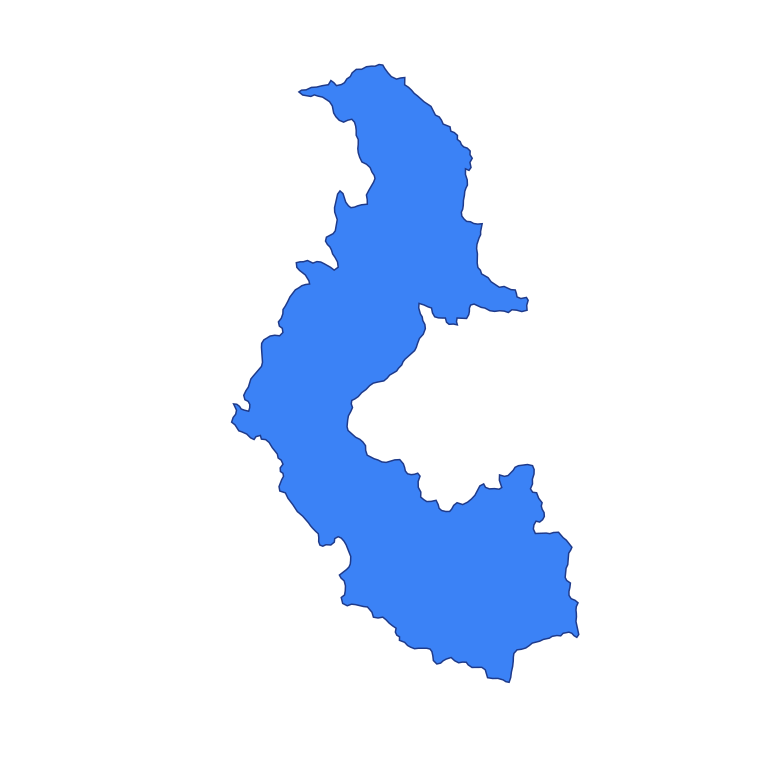 the district of Inhapim, Minas Gerais, Brazil, rotated 260°
{"feature_id": "56859067B8939369455012", "entity_name": "Inhapim", "entity_type": "district", "adm_level": 2, "iso_a3": "BRA", "parent_name": "Brazil", "parent_adm1": "Minas Gerais", "projection": "albers", "projection_center": [-41.95, -19.485], "detail": "fine", "context": "isolated", "style": "filled", "palette": "blue", "viewbox_px": 768, "rotation_deg": 260, "n_neighbors": 0, "source": "geoboundaries", "source_scale": "gbopen_adm2", "svg_char_len": 6146}
<svg xmlns="http://www.w3.org/2000/svg" viewBox="0 0 768 768"><g transform="rotate(260 384 384)"><path d="M518.7,318.7L514.0,318.4L510.6,320.5L505.0,325.5L498.6,328.0L495.4,328.1L495.6,324.0L495.1,320.2L493.5,316.8L492.1,313.0L486.1,306.5L482.0,303.6L477.8,300.3L474.9,297.5L470.7,296.6L466.5,294.2L463.5,290.8L459.2,291.0L456.5,293.5L452.3,293.4L449.6,289.6L451.0,284.8L451.0,280.2L448.3,273.3L445.3,270.6L441.4,269.7L426.4,268.1L422.6,266.4L414.1,256.1L412.0,253.7L404.5,249.9L401.3,246.8L397.2,243.9L392.7,244.3L390.5,247.2L387.2,248.3L383.9,247.6L380.7,246.0L382.5,241.9L384.2,239.0L387.1,237.8L389.6,235.5L390.5,232.4L383.8,234.2L380.0,232.7L377.2,229.6L372.9,227.3L369.6,230.2L363.1,232.9L361.6,235.6L358.6,240.1L354.1,243.3L351.9,246.4L354.4,248.8L354.8,253.3L351.0,253.7L349.8,257.8L346.4,260.7L340.7,262.9L333.5,266.8L329.5,266.9L326.9,269.5L322.6,270.6L319.4,267.2L315.8,266.8L313.6,269.0L310.5,269.0L307.5,266.6L301.2,262.8L296.7,262.8L293.9,268.0L288.1,269.6L280.9,273.3L273.4,276.5L268.0,281.0L260.3,285.6L257.2,287.0L254.5,288.6L250.8,291.1L248.0,293.3L244.1,293.1L240.1,292.3L236.5,292.9L234.9,295.6L235.8,298.9L234.7,303.7L236.9,307.6L240.3,308.6L241.6,312.4L239.6,315.2L236.0,317.4L232.2,318.8L220.0,321.3L216.0,320.5L212.5,319.5L209.8,317.7L207.8,314.9L203.6,306.9L200.3,308.0L197.0,310.6L191.9,311.0L186.9,309.9L183.1,308.5L181.2,304.8L175.1,305.2L172.0,309.3L172.8,313.8L171.7,317.6L168.4,325.2L167.3,329.0L161.3,332.5L156.2,333.1L154.6,337.5L154.6,342.3L151.4,345.1L147.7,347.5L144.5,350.3L141.4,353.5L137.7,352.1L134.4,353.0L132.3,355.4L128.9,354.7L126.0,359.5L122.4,361.8L120.3,364.4L118.0,368.1L117.8,371.8L116.3,380.3L115.0,383.3L112.2,384.7L107.8,384.9L103.1,384.6L99.1,387.4L99.3,391.3L101.2,394.3L102.3,397.5L103.0,402.6L99.2,405.5L96.5,409.1L96.5,413.1L95.7,416.7L92.8,418.1L89.6,421.4L88.0,431.1L85.0,434.1L76.8,435.0L75.1,439.9L74.3,445.1L71.9,450.0L69.7,452.3L68.5,455.4L72.9,457.8L78.1,459.4L83.4,461.6L88.8,463.2L92.7,464.0L96.1,465.1L99.1,468.9L98.9,473.2L99.4,477.8L101.1,481.5L103.1,485.0L103.7,492.7L104.8,496.6L105.0,502.7L106.3,505.8L106.3,510.6L105.3,514.3L107.4,517.1L107.5,523.0L105.9,525.7L103.2,527.4L101.0,529.9L103.5,532.3L116.8,531.8L121.3,533.1L124.9,533.6L128.0,533.8L131.3,534.7L134.8,537.1L137.8,534.6L140.1,531.0L143.7,529.5L147.5,530.1L151.3,531.7L155.6,533.0L158.8,529.8L162.0,528.8L170.9,531.3L174.2,533.6L185.3,536.5L188.0,539.0L190.6,540.7L198.6,536.4L201.6,533.7L207.7,530.1L208.3,525.2L207.8,521.3L209.0,517.9L210.5,507.1L215.3,505.9L219.2,507.2L222.5,509.9L221.0,513.3L222.8,516.6L225.7,518.9L229.6,519.3L233.2,518.0L236.5,517.7L239.6,519.1L244.6,516.5L250.4,515.4L251.6,511.6L255.3,510.0L259.8,512.9L264.5,513.6L269.3,516.1L273.7,517.0L277.8,516.1L279.8,511.3L280.2,502.2L279.2,498.6L276.6,496.3L272.3,490.3L272.1,486.6L274.4,482.0L269.3,480.9L261.6,482.0L260.4,479.1L261.8,474.7L262.4,469.6L264.6,466.0L268.3,464.8L267.0,460.7L258.6,454.2L255.6,450.2L253.1,445.8L251.6,440.6L254.4,435.3L252.4,431.6L249.0,428.9L247.1,426.5L247.7,422.7L249.4,418.8L252.0,416.7L255.9,416.4L260.4,415.1L260.2,410.1L260.8,405.7L263.1,403.2L266.3,400.5L271.2,401.5L276.3,399.8L282.1,400.7L287.0,403.5L290.3,401.7L289.8,398.4L290.0,395.0L291.5,391.6L294.7,389.9L298.2,389.8L302.0,389.2L306.8,386.4L307.4,381.4L306.4,372.5L307.6,368.4L310.2,364.9L312.1,361.3L316.8,355.1L321.8,354.4L326.5,355.1L330.6,353.1L333.7,350.6L336.5,346.8L344.5,340.5L348.4,340.2L354.9,342.0L358.8,343.4L362.7,346.5L366.3,348.9L370.1,348.3L373.4,349.4L374.4,352.8L376.1,356.5L379.3,360.4L381.7,365.3L384.9,369.6L386.7,373.5L387.0,377.8L387.1,384.4L389.2,388.1L391.8,391.1L394.6,398.7L397.0,401.0L399.7,404.8L402.6,406.6L404.7,408.9L411.6,420.0L414.5,422.2L418.0,424.0L422.7,426.8L426.2,431.3L431.3,434.3L435.5,434.6L439.9,433.2L443.4,433.3L446.7,432.0L452.9,431.4L457.3,432.5L454.9,437.1L452.3,440.8L450.6,444.0L445.6,444.1L441.4,445.6L439.7,449.0L438.9,452.6L438.3,455.9L434.0,456.3L431.5,458.4L431.0,462.8L429.5,466.5L432.8,466.2L436.3,467.4L434.2,476.7L437.6,479.5L440.7,480.7L443.9,481.3L446.7,483.0L447.1,486.6L442.6,493.0L441.3,496.5L437.8,501.0L436.3,505.6L436.1,510.6L434.9,515.1L432.8,518.9L434.9,522.8L433.7,527.4L431.4,532.3L431.8,537.7L436.7,538.2L441.4,540.5L444.5,539.3L444.4,533.6L446.7,530.1L449.9,530.1L453.8,529.6L454.9,525.4L459.2,519.2L459.2,514.4L466.1,507.2L470.6,505.0L475.5,499.2L479.3,498.7L482.4,496.7L487.0,496.8L495.9,498.6L501.3,498.7L505.4,499.8L511.4,503.0L514.3,505.1L517.4,505.6L524.8,508.5L525.2,504.0L526.5,500.2L528.8,497.3L529.8,493.6L532.7,491.4L535.9,489.8L539.8,490.0L542.4,491.8L546.2,493.1L551.0,494.1L555.7,495.9L559.7,497.0L562.9,498.8L565.4,500.7L570.6,501.4L576.2,500.6L581.8,501.6L579.6,504.8L582.1,507.3L587.3,507.1L591.0,510.1L594.9,508.5L598.5,509.3L601.8,507.0L603.7,503.6L606.3,501.8L609.5,501.1L612.1,498.7L616.1,499.5L619.4,496.9L621.4,493.7L625.8,493.7L629.7,487.4L633.9,486.4L637.4,484.8L639.9,481.3L649.2,478.5L654.9,472.5L661.8,467.1L665.0,464.2L668.5,462.2L671.9,459.7L675.1,456.3L682.2,457.7L682.5,453.3L682.1,449.3L685.4,444.6L689.8,441.9L694.7,439.5L698.3,438.2L699.5,434.6L698.5,430.4L699.2,426.9L699.5,421.8L697.8,416.6L698.7,411.4L696.0,406.7L692.6,404.2L690.9,400.4L687.6,397.4L686.3,394.0L686.1,389.0L689.5,386.9L692.1,384.4L688.4,381.2L688.5,375.0L688.1,369.1L688.7,364.0L687.2,358.4L687.7,353.8L686.4,350.9L682.7,354.1L679.9,361.9L680.8,365.6L679.0,369.0L677.2,373.3L671.5,379.4L666.8,381.4L659.6,381.5L655.6,383.0L651.5,385.7L648.9,389.7L650.1,394.2L650.3,398.3L647.0,400.4L642.8,400.9L638.8,400.7L633.8,399.8L629.2,401.1L624.3,400.2L620.4,399.1L616.2,398.8L611.5,399.4L606.5,400.8L603.5,404.9L599.6,407.9L594.7,409.0L591.1,410.6L587.9,410.8L584.6,408.8L577.5,402.8L573.2,399.5L568.5,399.5L564.0,398.8L564.4,393.0L564.0,388.9L563.3,385.7L563.4,382.0L565.7,379.9L569.7,377.9L578.6,376.7L581.8,374.2L579.1,371.3L566.2,365.9L561.9,365.3L554.0,366.5L543.3,362.6L540.9,360.0L538.6,352.8L534.9,351.2L531.2,352.5L528.4,354.5L525.2,355.5L521.0,356.0L517.1,357.8L512.3,359.4L507.0,359.2L504.8,354.7L508.2,351.6L512.9,345.9L515.1,342.9L516.2,339.2L515.4,335.0L518.9,330.1L518.4,325.8L518.9,322.5L518.7,318.7Z" fill="#3b82f6" stroke="#1e3a8a" stroke-width="1.5"/></g></svg>